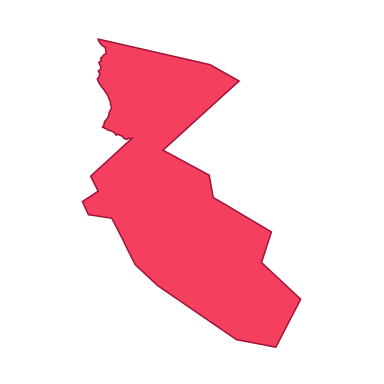 outline of Unggai/Benna District, Eastern Highlands, Papua New Guinea, rotated 108°
{"feature_id": "67681753B48115822979868", "entity_name": "Unggai/Benna District", "entity_type": "district", "adm_level": 2, "iso_a3": "PNG", "parent_name": "Papua New Guinea", "parent_adm1": "Eastern Highlands", "projection": "natural_earth1", "projection_center": [145.385, -6.1], "detail": "fine", "context": "isolated", "style": "filled", "palette": "rose", "viewbox_px": 384, "rotation_deg": 108, "n_neighbors": 0, "source": "geoboundaries", "source_scale": "gbopen_adm2", "svg_char_len": 1277}
<svg xmlns="http://www.w3.org/2000/svg" viewBox="0 0 384 384"><g transform="rotate(108 192 192)"><path d="M75.6,328.5L77.1,327.5L78.0,326.6L79.0,325.1L79.9,323.7L80.8,321.7L81.3,319.4L82.1,318.8L84.5,317.6L86.7,316.3L88.9,318.4L90.8,319.0L93.1,320.2L95.5,318.9L97.5,320.7L99.0,319.5L101.1,317.4L102.7,317.1L103.4,316.8L105.8,318.5L107.2,317.2L108.0,315.9L109.6,316.3L111.8,316.0L113.4,317.1L115.3,316.0L116.0,314.8L117.5,313.7L118.6,312.1L120.8,309.3L122.0,307.2L123.7,305.1L125.1,303.4L126.9,301.3L129.3,299.5L131.6,297.4L133.6,296.8L135.9,294.9L138.6,294.7L140.9,295.2L142.6,295.3L145.2,294.8L148.0,295.2L149.8,296.0L152.2,296.9L154.1,296.8L155.3,296.4L157.9,297.3L158.2,296.7L157.9,295.9L158.5,294.6L158.3,293.2L159.2,290.7L158.9,288.9L158.9,287.5L159.1,286.4L159.4,284.5L160.0,283.4L161.0,282.8L161.3,281.7L160.6,281.1L160.6,280.5L159.7,279.5L160.4,278.4L160.3,276.6L160.7,275.1L162.0,273.3L162.2,270.3L160.6,269.1L160.2,267.1L159.5,265.7L208.3,293.3L220.2,281.5L235.0,293.3L245.6,283.5L241.7,260.2L260.7,241.0L260.9,241.1L278.7,223.5L291.7,195.6L318.7,104.1L313.7,64.3L260.4,55.5L237.6,104.1L205.5,104.1L196.2,145.1L190.6,170.2L170.7,180.8L161.2,232.5L109.8,203.2L71.9,181.5L65.3,214.2L74.9,321.4L75.6,328.5Z" fill="#f43f5e" stroke="#9f1239" stroke-width="1.5"/></g></svg>